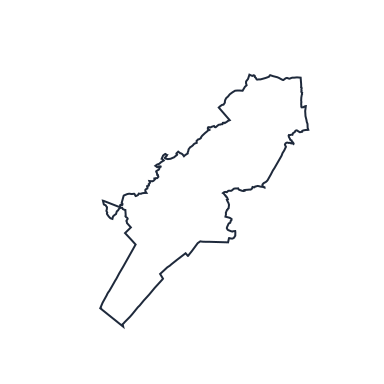 outline of Tamboesti, Vrancea, Romania, rotated 117°
{"feature_id": "2599482B45059786841433", "entity_name": "Tamboesti", "entity_type": "district", "adm_level": 2, "iso_a3": "ROU", "parent_name": "Romania", "parent_adm1": "Vrancea", "projection": "orthographic", "projection_center": [27.032, 45.517], "detail": "fine", "context": "isolated", "style": "outline", "palette": "slate", "viewbox_px": 384, "rotation_deg": 117, "n_neighbors": 0, "source": "geoboundaries", "source_scale": "gbopen_adm2", "svg_char_len": 5994}
<svg xmlns="http://www.w3.org/2000/svg" viewBox="0 0 384 384"><g transform="rotate(117 192 192)"><path d="M343.2,192.2L341.3,193.8L339.8,193.2L339.1,193.1L331.3,190.6L328.1,189.8L319.2,187.9L316.9,187.1L310.5,185.7L302.9,183.6L294.4,181.7L283.1,178.6L282.4,178.5L279.5,183.2L270.3,179.8L267.7,178.3L265.9,177.6L259.5,174.7L249.5,169.9L250.7,166.9L250.8,166.6L250.7,166.5L248.5,166.1L244.7,165.3L235.0,163.7L232.6,162.4L232.2,162.2L231.6,160.3L230.3,157.5L228.2,153.3L220.5,137.0L216.3,138.1L216.1,137.8L215.8,136.2L215.2,134.9L214.8,134.5L213.4,133.7L212.6,133.8L211.3,133.6L208.2,135.1L207.2,135.8L208.4,137.7L208.9,138.0L209.2,139.2L209.5,142.5L209.3,143.3L208.5,144.5L207.7,144.8L203.7,145.0L203.2,144.9L202.3,144.1L202.0,144.0L200.1,144.4L199.5,144.1L199.0,144.1L198.1,144.5L197.9,146.2L197.9,146.8L198.8,151.0L196.4,151.6L195.2,152.4L192.1,152.7L191.6,152.3L190.6,152.4L190.3,152.2L189.9,152.0L186.6,153.2L185.2,154.6L183.8,156.6L183.1,157.4L182.3,156.7L181.0,158.2L180.2,160.0L180.4,160.0L179.0,163.0L178.9,163.9L177.8,163.4L177.2,162.9L176.8,162.3L176.5,161.7L176.4,160.9L174.5,160.2L174.1,159.7L173.2,157.7L172.5,157.2L170.1,156.2L169.2,155.1L168.6,153.8L167.8,152.5L168.5,151.6L168.6,151.0L168.2,147.9L167.7,146.4L167.0,145.7L166.5,146.2L166.2,145.8L164.4,142.9L163.8,142.0L163.2,140.8L161.8,140.1L161.1,140.1L160.4,140.4L160.0,140.3L159.9,140.1L159.8,139.2L159.5,138.5L158.4,138.2L157.9,137.4L156.9,136.4L156.5,135.3L156.1,133.4L155.2,130.9L155.1,129.4L154.9,129.5L154.9,131.4L154.1,132.3L153.3,132.6L151.6,132.2L149.6,130.8L148.4,130.3L147.2,130.0L140.6,129.7L136.0,129.7L133.5,129.4L119.6,128.7L118.6,128.7L116.4,129.0L113.1,128.7L110.1,128.8L109.1,128.8L108.0,130.3L107.4,130.8L106.2,130.7L105.2,130.2L104.7,129.5L104.4,128.1L103.7,127.1L103.7,125.7L103.2,124.8L103.0,124.0L103.1,123.4L102.8,123.4L102.5,123.7L101.9,124.8L101.7,125.8L101.0,126.5L100.8,126.8L101.0,127.3L100.9,127.8L100.8,128.3L100.0,129.1L99.3,130.2L98.9,130.7L97.9,131.5L97.2,131.5L96.9,130.6L96.0,129.7L95.5,129.1L95.4,128.5L93.7,128.7L92.2,127.8L91.6,127.6L90.9,127.7L90.6,127.6L89.9,127.2L89.5,126.6L89.8,123.1L89.6,122.8L88.3,121.2L87.4,121.5L87.2,121.3L86.3,120.4L84.8,118.4L84.3,117.3L83.8,116.6L82.3,118.1L78.9,120.0L77.4,121.6L75.9,122.7L72.9,125.3L68.5,127.9L63.8,129.6L64.2,130.2L65.0,130.4L65.3,131.0L65.9,131.2L66.5,132.2L66.8,132.8L66.3,133.4L65.3,133.8L64.8,134.3L64.2,134.5L63.0,135.2L62.3,135.3L61.1,136.2L58.2,137.5L55.6,138.3L54.9,138.3L54.3,138.8L53.5,138.9L53.4,139.1L53.4,139.3L53.4,139.7L53.1,140.1L52.7,140.1L52.1,140.5L51.6,140.5L51.3,140.9L51.0,141.1L50.3,141.3L49.6,141.4L49.3,142.3L48.9,142.5L48.5,142.5L48.2,142.7L47.7,143.0L46.2,143.8L40.8,147.1L42.2,150.5L43.7,152.8L44.6,154.5L45.2,155.2L46.5,156.3L46.9,156.8L47.2,159.0L47.4,159.4L48.2,160.2L50.7,161.4L50.9,161.7L51.0,163.0L50.9,166.4L51.0,168.0L52.0,172.5L52.4,175.3L52.7,175.6L54.2,175.7L55.2,176.5L57.0,178.2L60.4,181.9L60.7,182.3L61.5,183.9L61.9,184.4L62.1,184.7L62.3,185.1L62.3,185.5L62.1,185.9L61.3,187.0L61.1,188.1L60.2,188.6L60.0,189.0L59.9,189.4L60.0,190.1L60.5,190.5L60.9,190.5L61.1,190.8L61.3,192.0L61.4,194.1L65.8,193.4L68.9,194.0L70.5,193.3L72.1,191.8L74.2,192.6L78.8,192.9L80.1,195.9L80.9,197.5L82.2,199.6L84.8,201.2L87.8,202.7L90.7,203.3L92.6,204.1L94.6,204.2L96.2,203.9L97.2,203.4L97.7,203.3L99.9,203.6L100.8,204.8L102.7,205.8L104.6,206.5L110.9,191.0L112.4,192.3L113.4,192.7L115.7,194.1L115.6,194.7L116.4,195.9L117.2,195.6L117.8,195.7L118.4,196.8L119.1,197.4L119.7,198.4L120.3,198.9L123.5,200.3L123.7,200.6L123.8,201.1L123.2,202.3L125.1,204.2L126.1,204.8L126.3,205.7L126.7,206.7L127.0,207.0L127.6,207.0L128.5,206.6L128.8,204.7L129.1,204.9L129.1,205.3L129.2,205.7L130.5,205.8L133.7,207.2L137.3,208.5L139.4,208.8L140.0,208.6L140.8,209.0L141.9,209.8L142.3,210.4L144.4,211.1L146.1,210.1L147.6,211.6L148.8,212.2L149.8,212.3L151.4,213.0L152.3,213.5L152.8,213.9L155.5,214.4L157.2,213.9L158.7,213.8L159.6,213.3L162.3,214.9L163.8,215.4L162.9,217.2L162.6,218.1L162.6,219.6L162.8,220.1L162.3,222.6L164.7,223.4L165.0,223.3L165.5,222.2L166.1,222.3L167.4,223.0L169.2,223.7L170.8,225.1L171.6,225.7L172.3,226.4L173.7,228.5L174.2,230.6L174.2,231.3L173.9,231.7L173.6,231.7L171.6,231.0L170.5,231.0L170.7,231.4L170.6,231.8L170.1,232.8L170.2,233.1L170.9,233.5L172.6,234.3L176.1,234.1L176.0,233.7L176.8,231.5L179.4,233.1L181.8,234.0L183.3,235.5L185.3,236.5L185.4,235.9L185.7,234.5L185.6,234.0L184.3,233.2L183.6,232.0L183.5,231.5L183.7,231.4L183.9,231.6L185.0,232.0L186.3,231.7L187.0,231.7L189.7,233.3L190.1,233.2L190.3,233.0L190.7,232.2L192.7,230.6L192.7,230.4L192.4,230.1L193.7,228.9L195.4,229.3L195.9,230.0L196.2,230.7L197.0,231.6L197.6,230.8L199.5,231.4L200.4,232.1L201.5,234.7L201.6,235.0L202.8,233.7L203.4,233.7L204.6,234.1L204.7,233.8L205.8,233.4L206.9,234.1L207.1,234.6L207.5,234.5L208.4,233.5L209.2,233.4L210.4,234.3L211.0,234.5L211.4,234.5L212.5,233.9L213.5,232.2L214.6,234.2L215.8,235.9L216.6,236.5L217.4,238.0L217.6,238.7L219.0,238.7L220.6,239.7L221.2,240.4L219.8,242.5L219.9,242.9L221.1,244.6L221.4,245.3L221.8,246.7L222.1,247.3L223.2,248.7L226.0,251.1L226.4,251.2L233.7,249.7L233.9,248.8L234.7,248.3L235.1,248.2L235.5,248.4L235.9,249.8L236.1,250.0L236.4,250.0L237.3,249.7L238.1,249.8L238.2,250.0L238.5,251.3L240.0,266.5L240.2,267.4L243.0,265.0L243.2,264.4L243.0,263.0L243.3,262.4L243.8,261.8L244.0,261.0L244.2,260.8L246.2,260.0L247.4,259.8L247.8,259.6L248.8,258.2L249.9,258.0L250.2,257.7L250.5,257.3L250.9,256.4L251.6,255.2L252.4,252.9L252.4,252.6L252.1,250.7L250.0,251.2L249.4,251.2L247.8,250.6L246.1,249.7L243.4,250.2L241.9,249.5L240.6,249.5L239.5,249.2L238.3,248.3L237.8,247.0L238.6,245.9L238.5,243.8L238.3,243.2L243.0,240.4L243.7,240.4L244.2,239.6L244.5,237.9L245.0,237.2L245.6,237.1L247.2,237.4L247.6,237.3L248.2,236.5L249.0,236.0L249.2,235.8L251.3,230.4L259.0,233.0L261.7,225.5L264.4,218.4L289.4,219.4L297.4,219.9L303.7,220.0L305.8,220.2L312.9,220.5L318.0,220.8L319.5,221.1L321.9,221.2L322.4,221.1L331.2,221.4L336.7,221.0L336.8,220.5L337.3,220.7L343.2,192.2Z" fill="none" stroke="#1e293b" stroke-width="2"/></g></svg>